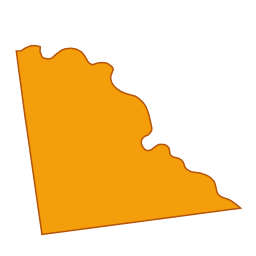 the district of Platte, Missouri, United States of America, rotated 172°
{"feature_id": "52423323B635722871414", "entity_name": "Platte", "entity_type": "district", "adm_level": 2, "iso_a3": "USA", "parent_name": "United States of America", "parent_adm1": "Missouri", "projection": "natural_earth1", "projection_center": [-94.851, 39.343], "detail": "fine", "context": "isolated", "style": "filled", "palette": "amber", "viewbox_px": 256, "rotation_deg": 172, "n_neighbors": 0, "source": "geoboundaries", "source_scale": "gbopen_adm2", "svg_char_len": 1575}
<svg xmlns="http://www.w3.org/2000/svg" viewBox="0 0 256 256"><g transform="rotate(172 128 128)"><path d="M228.0,34.6L27.6,33.0L31.7,37.5L35.7,41.3L37.8,42.9L44.9,46.6L46.2,47.7L47.8,49.6L48.5,50.9L48.8,52.4L49.4,59.4L49.9,62.1L50.4,63.4L52.4,66.4L53.7,67.8L55.3,69.2L57.3,70.5L62.4,73.2L70.4,75.5L72.6,76.5L75.8,79.3L77.1,81.5L78.0,86.3L79.5,88.8L81.1,90.1L82.2,91.0L86.7,92.7L88.2,93.8L89.5,95.3L90.1,96.8L90.0,99.8L90.1,101.8L90.4,102.7L91.8,104.9L92.8,105.6L93.5,106.1L93.8,106.3L95.2,106.8L99.4,107.4L100.9,107.0L102.3,106.4L104.8,105.2L107.9,103.2L110.6,102.8L111.9,103.0L113.0,103.4L114.6,104.7L116.2,107.7L116.9,109.7L117.0,111.8L116.1,114.4L114.5,116.1L112.2,117.6L109.9,118.0L109.0,118.4L107.6,119.4L105.7,121.2L104.9,122.5L104.6,123.3L104.6,123.8L104.4,125.4L105.4,137.8L106.0,140.9L106.5,143.6L107.4,146.5L108.6,149.5L110.5,152.5L113.8,156.3L115.6,157.9L117.3,159.0L121.6,160.7L125.8,162.7L130.1,165.3L133.5,168.4L136.0,171.4L137.6,174.6L138.3,178.7L138.2,180.4L137.5,182.6L134.6,187.7L134.6,189.3L135.2,190.7L135.9,191.6L139.1,194.6L140.3,195.3L143.9,196.3L148.7,196.6L153.7,195.7L155.1,196.0L156.0,196.5L157.5,197.8L158.4,199.3L160.5,204.6L163.3,209.6L167.7,213.0L171.8,214.5L174.0,215.0L179.1,215.1L182.9,214.4L190.1,210.3L193.7,207.8L196.5,207.4L200.9,208.6L203.1,210.0L203.7,212.7L204.5,215.6L203.6,220.8L208.3,222.5L212.6,223.0L219.0,221.3L222.3,219.6L225.1,219.3L227.9,219.8L228.0,209.7L228.1,201.6L228.2,176.3L228.3,165.8L228.4,154.9L228.2,132.9L228.2,114.1L228.1,71.5L228.1,64.4L228.0,34.6Z" fill="#f59e0b" stroke="#b45309" stroke-width="1.5"/></g></svg>